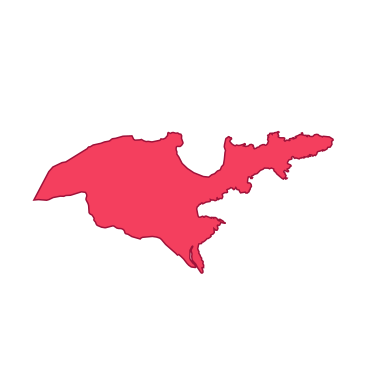 the district of Village, Saint Lucia, rotated 339°
{"feature_id": "8701671B40321186165087", "entity_name": "Village", "entity_type": "district", "adm_level": 2, "iso_a3": "LCA", "parent_name": "Saint Lucia", "parent_adm1": "", "projection": "albers", "projection_center": [-60.893, 13.818], "detail": "fine", "context": "isolated", "style": "filled", "palette": "rose", "viewbox_px": 384, "rotation_deg": 339, "n_neighbors": 0, "source": "geoboundaries", "source_scale": "gbopen_adm2", "svg_char_len": 6124}
<svg xmlns="http://www.w3.org/2000/svg" viewBox="0 0 384 384"><g transform="rotate(339 192 192)"><path d="M126.8,217.3L128.3,216.6L129.7,216.6L139.1,219.3L142.7,221.3L145.4,223.5L146.5,225.4L148.6,231.5L154.9,243.5L155.7,245.6L155.4,245.8L157.3,245.6L158.8,248.5L160.2,251.6L161.7,256.7L162.7,259.1L164.4,261.7L168.0,263.7L168.5,263.6L168.6,261.5L168.3,260.0L167.6,259.4L166.2,255.0L166.2,253.1L169.3,245.7L172.3,243.0L172.9,242.7L173.2,243.0L172.9,243.6L171.2,245.0L170.2,246.4L169.8,249.8L168.6,252.2L167.9,255.0L168.1,256.7L169.6,260.5L170.2,265.0L171.3,269.8L171.7,271.0L172.7,271.3L173.5,270.8L173.9,269.6L174.1,266.4L174.3,266.2L175.7,266.8L176.7,264.4L176.5,262.7L177.4,261.2L177.4,260.6L176.6,259.0L177.3,257.1L176.9,256.2L176.8,253.3L176.4,251.6L177.1,250.3L176.9,247.1L179.7,242.9L182.4,243.5L183.6,242.4L184.6,242.7L187.1,242.0L189.5,240.9L190.6,241.2L193.1,240.6L193.9,240.2L193.9,239.2L194.4,238.9L196.9,238.7L198.3,237.8L199.4,234.0L200.6,236.3L201.8,236.6L203.1,235.5L203.5,232.8L203.8,232.2L204.3,232.2L204.9,232.8L206.1,232.7L208.3,230.5L209.2,231.7L210.1,231.6L210.7,232.7L211.8,233.0L211.9,232.7L210.6,231.2L210.6,230.3L208.5,227.6L207.6,227.3L207.5,228.8L207.1,228.8L206.2,227.8L205.7,225.5L204.8,224.3L203.2,223.6L202.9,224.1L202.6,223.4L201.1,222.7L201.0,223.3L200.7,223.4L196.5,219.5L195.5,219.3L194.8,219.9L193.8,219.5L193.7,218.9L193.1,218.4L190.4,218.5L189.4,217.9L189.1,216.3L190.3,209.4L191.6,207.7L193.4,207.1L194.3,206.2L195.6,206.4L196.5,205.8L197.4,205.8L197.6,206.8L197.9,206.9L201.5,206.5L205.3,207.3L206.3,206.6L206.5,205.6L207.5,206.6L209.0,207.1L210.3,208.3L211.2,208.5L212.8,208.2L213.2,207.5L213.0,206.6L213.4,206.4L214.1,208.5L215.7,208.0L217.5,208.9L218.6,208.0L219.2,207.0L219.2,205.3L219.5,204.9L222.3,204.3L224.0,205.0L224.9,205.0L225.2,204.6L225.5,202.3L228.3,202.3L229.8,201.8L231.2,203.0L231.2,203.7L231.9,204.2L232.0,204.8L233.3,204.4L234.5,203.5L234.9,205.8L236.6,206.9L236.7,208.9L237.0,210.2L241.6,211.2L241.9,212.3L243.3,212.8L245.4,212.1L245.7,211.4L246.3,211.2L246.6,210.5L247.4,210.2L247.9,209.2L249.5,208.1L249.9,206.3L249.5,204.7L248.4,203.8L247.6,203.8L247.2,203.0L248.7,199.9L250.0,198.1L250.8,198.2L251.4,198.7L251.7,199.2L251.7,200.4L252.9,200.9L253.7,200.2L252.8,199.6L253.7,198.4L255.6,198.3L256.7,197.7L257.5,198.0L259.5,198.1L263.6,196.3L266.6,196.2L268.1,195.6L271.8,197.1L272.6,198.1L274.6,198.0L276.5,199.7L276.2,201.0L276.3,202.1L277.2,203.6L277.6,205.4L280.9,211.5L281.9,212.7L282.9,212.1L283.4,212.3L284.1,213.5L285.3,213.5L285.8,213.2L284.2,212.0L285.7,210.3L285.3,208.5L285.6,207.7L284.9,206.4L285.1,205.6L286.4,205.1L288.3,207.3L289.4,207.5L289.7,206.6L289.0,205.4L289.0,204.7L291.7,204.4L292.4,203.7L293.9,203.2L293.7,202.1L291.5,199.8L291.5,199.1L292.2,198.1L294.2,196.7L296.1,197.0L297.0,196.9L297.4,196.2L297.2,195.7L298.2,194.9L298.8,195.0L299.3,195.4L299.6,196.8L300.1,197.5L301.1,197.3L303.9,199.5L305.4,199.1L306.3,199.5L307.0,199.2L308.2,200.1L309.3,200.3L309.5,200.0L309.1,199.5L309.3,199.3L310.3,200.0L311.4,200.1L313.1,201.0L313.5,200.9L313.4,200.3L315.6,201.2L315.8,200.6L314.8,199.6L315.2,199.3L317.2,200.4L317.7,201.8L319.5,201.4L320.4,202.2L322.2,201.1L323.1,199.8L324.1,199.4L326.7,199.7L329.1,199.6L329.3,199.7L328.5,200.2L328.6,200.5L330.1,200.3L330.5,200.7L333.5,200.2L334.7,199.0L337.2,199.6L339.7,197.7L340.5,194.8L342.4,194.1L342.5,193.2L340.0,189.8L334.7,187.1L334.1,187.0L333.7,187.3L331.0,185.0L330.2,183.5L328.9,182.8L326.9,182.5L325.0,183.3L324.0,183.3L321.8,182.2L321.7,181.4L320.5,180.6L319.9,180.9L319.6,181.6L319.2,181.4L318.9,181.0L318.8,179.9L317.5,179.6L316.0,178.5L316.3,176.6L316.1,176.2L315.2,176.3L315.3,177.4L315.0,177.8L313.2,177.0L311.2,177.3L308.9,177.3L308.5,177.4L309.0,178.1L308.9,178.6L307.2,178.8L305.9,178.7L306.5,177.9L305.9,177.5L304.6,177.8L302.3,177.3L301.2,178.0L301.8,178.6L301.8,178.9L301.4,178.9L299.0,177.5L297.2,177.9L296.7,177.5L296.6,176.8L297.6,175.7L297.7,174.8L296.9,174.2L293.7,173.0L292.3,171.6L292.4,171.0L293.1,170.4L293.0,168.1L294.7,167.3L294.1,166.5L292.6,166.7L290.2,166.2L289.5,166.5L288.1,165.9L287.5,166.9L286.8,165.4L286.0,165.3L285.5,165.2L284.8,166.2L283.3,166.1L282.8,166.6L283.2,168.2L282.2,168.6L282.0,169.4L281.3,170.3L281.6,171.9L281.4,172.3L280.7,172.8L280.0,173.9L278.2,174.7L277.2,174.7L276.4,173.6L274.9,173.1L272.1,173.2L270.5,174.0L268.8,173.7L267.8,174.2L265.7,174.0L265.4,173.6L265.8,172.4L265.3,171.0L265.9,170.5L265.8,170.2L264.6,168.9L263.1,168.5L261.1,169.2L258.5,168.8L256.7,167.5L258.7,166.9L258.9,166.2L258.5,165.7L256.8,165.9L253.4,165.6L251.8,165.1L250.5,164.1L248.9,164.3L247.7,163.3L246.3,161.1L245.4,158.3L246.1,157.4L248.0,156.6L248.1,155.6L247.7,155.1L246.8,154.9L246.5,153.8L245.8,153.4L244.4,154.0L243.5,154.0L242.6,154.5L239.3,159.5L238.3,161.4L238.1,165.4L237.0,166.9L233.8,173.3L231.2,177.7L228.6,179.0L226.6,181.2L226.0,181.5L223.3,181.5L219.7,183.0L216.5,183.0L213.0,184.1L208.1,181.6L200.6,174.7L196.2,168.5L193.0,161.8L192.2,154.3L191.4,151.2L192.3,149.1L192.3,147.0L192.7,145.8L193.5,144.4L193.9,144.2L194.8,144.2L197.1,145.2L198.8,144.8L200.9,143.4L201.3,142.6L201.4,138.2L202.5,135.8L202.3,134.1L200.6,133.0L199.9,131.8L197.9,131.3L195.8,129.7L194.6,129.4L192.9,129.6L191.2,128.0L190.6,128.3L189.3,130.7L188.1,131.1L186.8,132.1L184.1,132.3L182.0,131.3L181.4,131.9L180.4,132.2L172.6,130.9L169.2,129.0L167.2,128.5L165.3,126.9L163.6,124.8L162.1,124.7L157.4,123.2L156.4,121.9L156.1,118.1L147.6,115.2L139.9,114.5L137.0,113.8L135.9,113.9L133.6,114.7L132.4,114.7L128.2,113.9L124.4,113.9L116.6,112.7L113.2,113.3L111.8,112.9L110.7,113.3L109.7,114.0L85.0,118.7L81.2,118.0L71.1,118.8L65.6,121.7L41.5,142.8L46.0,144.1L53.4,147.6L55.7,147.8L60.4,147.4L67.6,148.7L70.8,150.1L72.9,150.0L77.4,151.5L88.8,152.2L92.2,154.0L92.7,155.4L92.7,156.8L92.3,158.1L90.8,160.0L90.3,161.2L90.8,165.6L90.6,167.7L88.5,174.5L89.1,176.2L90.3,177.4L90.9,179.5L91.2,181.6L90.4,182.8L90.4,183.5L91.1,185.5L91.1,187.7L91.5,189.1L94.9,192.4L97.6,194.0L98.6,194.4L105.8,195.2L106.7,195.6L108.9,198.7L110.3,199.7L112.8,200.8L114.1,202.0L114.9,203.6L114.8,206.4L115.3,207.3L117.1,208.5L119.9,212.1L126.8,217.3Z" fill="#f43f5e" stroke="#9f1239" stroke-width="1.5"/></g></svg>